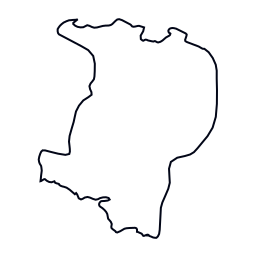 outline of Los Ríos, rotated 273°
{"feature_id": "CHL-2701", "entity_name": "Los Ríos", "entity_type": "Region", "adm_level": 1, "iso_a3": "CHL", "parent_name": "Chile", "parent_adm1": "", "projection": "equal_earth", "projection_center": [-72.592, -40.02], "detail": "fine", "context": "isolated", "style": "outline", "palette": "ink", "viewbox_px": 256, "rotation_deg": 273, "n_neighbors": 0, "source": "natural_earth", "source_scale": "10m", "svg_char_len": 3205}
<svg xmlns="http://www.w3.org/2000/svg" viewBox="0 0 256 256"><g transform="rotate(273 128 128)"><path d="M233.9,72.1L230.2,67.9L229.0,67.9L227.4,69.9L226.4,72.3L226.0,75.2L226.3,78.1L228.5,81.9L228.0,84.2L227.0,86.6L226.4,89.0L226.8,91.8L228.6,97.5L229.1,100.4L229.3,103.3L229.9,105.3L230.9,106.8L234.4,110.0L235.8,111.6L236.2,113.5L235.4,116.4L231.5,124.9L231.0,125.6L230.3,126.2L229.7,126.8L229.4,128.0L229.6,129.5L230.4,132.3L230.6,133.7L229.3,138.8L225.4,138.1L220.9,135.8L217.4,136.2L216.1,138.0L216.0,138.9L216.8,140.0L217.2,141.1L217.0,142.2L216.5,143.4L215.8,147.5L215.7,148.9L216.2,150.2L216.1,150.7L215.2,152.6L215.0,153.6L215.8,155.9L217.2,157.9L220.4,161.2L222.4,164.4L223.2,165.1L224.5,165.4L224.9,164.9L225.1,164.2L225.6,163.7L227.0,163.2L227.7,163.3L228.9,164.0L229.6,164.9L230.0,166.1L230.2,167.4L230.1,168.8L229.7,170.9L225.5,180.6L224.5,181.7L223.2,181.6L218.9,180.4L217.7,180.8L216.9,182.4L213.1,194.3L211.3,197.8L211.0,198.8L211.1,200.1L207.9,204.6L202.3,209.0L195.8,212.3L189.9,213.6L182.0,214.0L170.2,214.9L156.7,215.5L143.7,215.1L132.8,212.5L124.1,207.9L117.1,202.7L111.3,198.4L107.3,195.1L104.8,191.4L103.0,186.3L100.9,178.7L96.4,172.6L89.5,171.1L81.9,171.9L75.5,172.6L69.4,171.4L62.3,168.8L55.4,166.2L50.0,165.0L45.1,165.0L39.4,165.0L33.6,165.0L28.0,165.0L23.8,164.6L21.3,163.5L20.1,162.4L19.8,162.0L19.8,160.3L20.0,158.8L20.9,156.4L21.3,154.9L22.2,154.2L22.5,153.4L22.4,152.7L22.2,152.0L21.9,151.4L21.7,151.6L21.7,150.9L21.1,149.6L21.1,148.9L22.7,147.6L23.2,147.1L24.7,143.2L24.8,142.4L26.0,142.4L27.2,142.3L28.3,141.6L28.7,140.2L28.2,134.5L27.8,131.7L27.2,129.7L24.5,125.6L23.1,122.7L23.4,121.4L24.3,120.8L26.2,117.9L27.2,116.8L28.3,116.5L31.3,116.8L33.5,115.7L36.4,112.9L41.0,111.8L43.0,110.6L44.9,108.8L46.6,106.7L48.1,104.2L49.0,103.4L50.4,103.1L51.4,103.3L52.4,103.9L53.3,104.7L53.6,105.4L53.9,108.4L54.5,111.6L55.6,113.4L57.1,112.3L57.7,109.6L57.4,106.6L56.5,103.7L55.3,101.7L54.7,99.4L55.4,96.6L56.5,93.7L57.0,91.2L56.3,88.5L55.0,86.6L54.2,84.8L55.2,82.5L59.0,80.7L60.3,79.6L59.1,78.4L63.3,73.0L65.2,69.8L66.0,66.9L66.2,65.6L66.7,63.9L67.5,62.5L68.5,61.9L68.7,61.2L69.0,59.6L69.5,58.1L70.9,57.3L69.8,54.5L70.0,52.1L71.0,49.8L72.6,47.6L72.4,46.7L70.5,44.0L70.3,43.4L73.0,43.6L75.7,43.7L78.3,43.9L80.9,44.1L82.1,43.9L83.3,43.7L84.4,43.5L85.6,43.2L86.0,42.9L86.4,42.7L86.8,42.4L87.2,42.1L87.8,41.7L89.5,41.0L91.9,40.5L94.8,40.9L97.7,41.7L99.9,42.6L101.2,43.9L101.3,46.3L100.2,51.6L98.7,59.5L97.9,66.9L99.0,70.7L101.3,71.2L104.0,71.0L107.2,70.5L111.3,69.8L117.0,70.1L124.1,71.7L131.1,73.4L136.6,74.3L141.8,75.2L147.8,77.9L153.2,81.9L156.8,86.9L159.3,89.9L161.9,89.6L164.8,88.1L167.8,87.3L170.5,88.3L172.6,89.9L174.9,91.4L177.7,91.8L182.9,91.8L190.5,91.5L198.1,89.5L203.7,84.2L207.3,77.1L211.2,68.7L215.0,60.5L217.9,54.2L219.1,53.2L220.8,52.7L222.4,52.6L223.1,52.6L223.5,52.9L224.0,53.1L224.4,53.3L224.8,53.5L225.2,53.8L225.6,54.1L226.0,54.3L226.4,54.6L226.9,55.0L227.3,55.4L227.7,55.8L228.2,56.2L228.6,56.7L229.0,57.2L229.5,57.7L229.9,58.2L230.3,58.9L230.7,59.7L231.1,60.4L231.5,61.1L231.7,61.7L232.0,62.4L232.3,63.0L232.5,63.6L232.7,65.3L233.0,67.1L233.2,68.9L233.4,70.6L233.5,71.0L233.7,71.4L233.8,71.8L233.9,72.1Z" fill="none" stroke="#020617" stroke-width="2"/></g></svg>